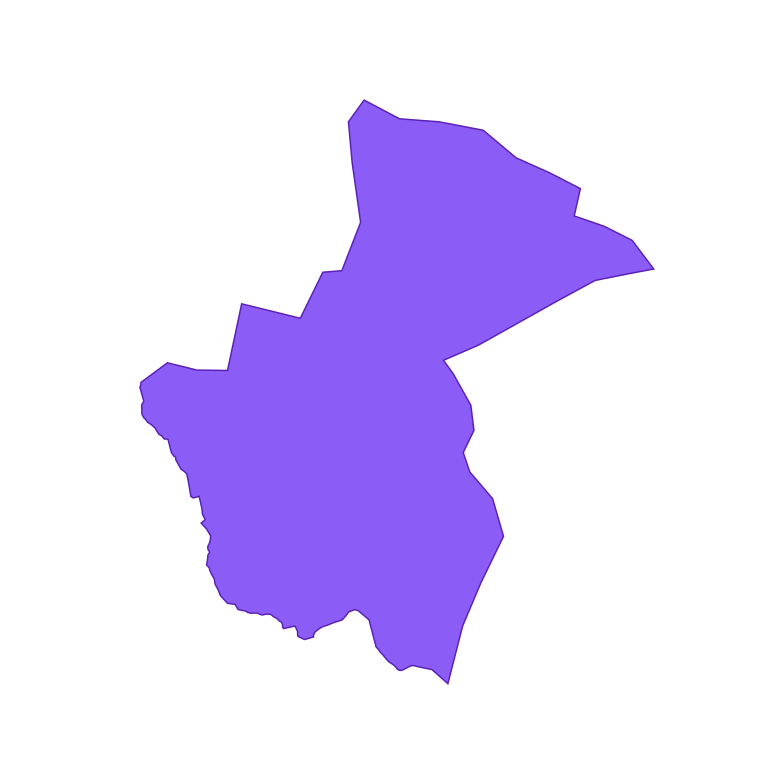 outline of Ablekuma North Municipal, Greater Accra, Ghana, rotated 301°
{"feature_id": "2480657B23952932171735", "entity_name": "Ablekuma North Municipal", "entity_type": "district", "adm_level": 2, "iso_a3": "GHA", "parent_name": "Ghana", "parent_adm1": "Greater Accra", "projection": "orthographic", "projection_center": [-0.267, 5.581], "detail": "fine", "context": "isolated", "style": "filled", "palette": "violet", "viewbox_px": 768, "rotation_deg": 301, "n_neighbors": 0, "source": "geoboundaries", "source_scale": "gbopen_adm2", "svg_char_len": 1995}
<svg xmlns="http://www.w3.org/2000/svg" viewBox="0 0 768 768"><g transform="rotate(301 384 384)"><path d="M257.7,176.1L255.5,176.4L248.0,184.4L245.6,187.0L241.4,187.0L233.4,192.1L231.3,195.6L230.8,198.0L229.4,201.1L229.4,204.6L228.4,210.3L225.0,216.8L225.1,220.1L223.7,223.9L225.4,227.3L215.7,237.1L213.9,241.1L214.1,243.0L211.9,244.5L206.5,253.8L206.2,257.7L205.4,261.2L201.7,264.6L198.2,267.8L188.2,276.3L188.0,279.1L192.5,283.4L183.3,292.2L178.8,295.5L175.7,300.6L170.6,298.9L168.3,306.6L164.6,313.6L161.9,315.0L158.5,316.2L153.7,316.7L151.6,318.3L150.1,321.2L146.6,321.2L142.2,323.3L137.4,325.2L136.5,328.8L134.9,330.3L132.3,333.8L129.4,339.1L125.6,342.1L122.1,347.9L118.3,352.9L115.4,362.8L118.4,370.0L116.0,374.1L115.6,375.3L117.2,380.1L118.0,381.4L118.0,385.3L118.6,386.1L118.6,387.3L122.2,393.0L122.9,397.1L123.1,398.0L123.4,398.8L125.7,401.1L127.4,403.7L128.2,406.0L127.7,408.9L127.7,411.5L127.7,414.1L127.2,415.5L126.9,416.7L127.1,418.4L125.8,420.7L123.3,422.3L122.7,424.0L130.5,432.1L130.4,432.9L127.1,437.7L126.2,438.0L123.9,439.6L123.4,440.3L124.0,447.4L130.9,453.9L132.4,452.9L136.0,452.6L141.3,454.7L144.3,456.3L147.4,459.1L154.2,464.3L158.3,468.0L159.4,468.8L160.5,469.7L165.5,470.7L170.5,471.2L175.5,475.0L176.4,478.8L174.1,492.7L154.6,512.6L153.4,516.5L152.5,518.0L151.6,521.5L148.6,530.0L148.4,531.7L148.1,537.8L147.6,539.3L147.2,540.8L146.5,541.9L146.5,544.5L147.2,546.1L149.3,548.0L150.2,548.3L156.3,552.2L157.6,553.9L158.3,555.5L159.0,558.2L163.9,572.2L160.0,593.1L217.3,576.0L263.9,569.4L315.0,564.9L341.7,536.1L352.8,502.8L366.1,487.2L390.5,485.0L410.5,469.4L428.3,438.3L435.0,422.8L466.1,445.0L543.8,489.4L581.5,511.6L603.8,536.1L621.5,556.0L634.9,522.7L632.6,491.6L626.0,460.5L652.6,451.7L650.4,418.3L645.9,380.6L652.6,338.4L637.1,296.2L619.3,260.7L617.1,220.7L590.4,218.5L557.1,242.9L510.5,280.7L459.4,289.5L448.3,274.0L397.2,278.4L379.4,220.7L315.0,242.9L299.5,216.3L290.6,187.4L260.3,174.9L257.7,176.1Z" fill="#8b5cf6" stroke="#5b21b6" stroke-width="1.5"/></g></svg>